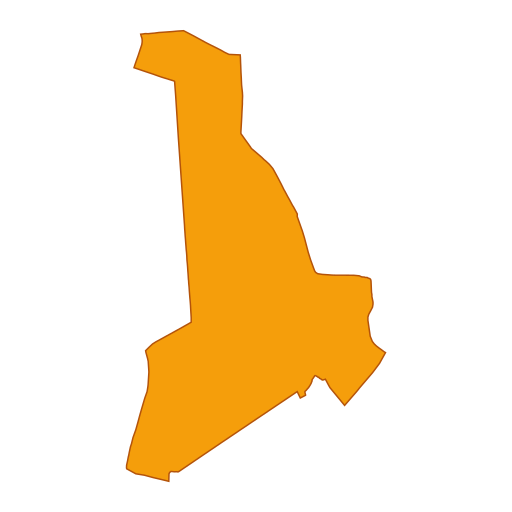 the district of Tan Chau, An Giang, Vietnam
{"feature_id": "81297802B24408052099516", "entity_name": "Tan Chau", "entity_type": "district", "adm_level": 2, "iso_a3": "VNM", "parent_name": "Vietnam", "parent_adm1": "An Giang", "projection": "robinson", "projection_center": [105.189, 10.814], "detail": "fine", "context": "isolated", "style": "filled", "palette": "amber", "viewbox_px": 512, "rotation_deg": 0, "n_neighbors": 0, "source": "geoboundaries", "source_scale": "gbopen_adm2", "svg_char_len": 3190}
<svg xmlns="http://www.w3.org/2000/svg" viewBox="0 0 512 512"><path d="M126.7,468.8L135.8,473.8L144.4,475.2L152.9,477.5L161.4,479.5L168.8,481.3L169.0,473.8L169.2,473.3L169.8,472.3L170.2,472.0L170.9,471.5L171.6,471.5L172.9,471.6L174.2,471.8L176.7,471.7L177.9,471.9L178.6,471.7L203.0,455.1L220.4,443.3L257.2,418.5L297.2,391.6L300.3,398.0L305.5,395.3L305.6,395.1L305.0,392.7L304.9,391.8L305.0,391.4L306.1,390.4L307.7,388.5L308.5,387.7L310.1,385.2L311.1,383.4L311.6,382.1L312.1,380.8L312.0,380.2L312.2,379.5L313.6,377.6L314.7,375.8L315.0,375.6L315.4,375.6L317.0,376.4L317.4,376.8L317.9,377.1L318.5,377.2L318.8,377.3L319.0,377.6L319.3,378.0L319.6,378.3L320.4,378.7L321.2,379.2L321.8,379.6L322.2,380.0L323.4,379.9L323.9,379.7L325.4,379.2L328.8,385.6L330.0,387.7L335.2,394.0L344.6,405.4L356.5,391.7L358.7,389.0L359.1,388.4L372.6,372.6L379.5,363.4L384.9,353.7L385.5,352.6L384.0,351.7L381.4,349.7L379.4,348.3L376.4,346.0L374.2,343.9L372.3,341.4L370.2,336.2L369.2,329.2L367.9,320.3L367.9,317.1L368.8,314.2L370.6,310.9L372.5,307.2L373.0,304.1L373.0,302.1L371.9,296.5L371.9,294.6L371.5,292.3L371.4,290.1L371.2,285.3L371.0,280.9L370.6,279.4L369.8,278.6L369.4,278.5L368.0,278.0L367.2,277.5L365.0,277.4L364.1,277.0L362.8,277.0L362.2,276.9L361.8,276.9L359.2,275.8L354.0,275.3L344.2,275.2L335.6,275.2L332.3,275.1L328.4,274.8L322.3,274.4L317.7,273.7L315.7,272.4L314.7,271.0L313.6,268.1L310.6,259.9L308.2,252.2L304.5,238.1L302.2,230.5L301.8,229.5L297.2,216.5L297.3,214.0L293.5,206.9L292.5,205.4L289.3,199.4L287.6,196.4L284.9,191.3L284.0,189.8L281.7,185.1L281.0,183.7L277.6,177.2L275.0,172.4L272.9,168.6L269.3,164.3L265.4,160.7L264.1,159.7L261.8,157.4L257.5,153.7L251.4,148.5L250.4,146.9L248.9,144.8L245.3,139.8L240.9,133.6L240.9,132.0L240.9,131.8L241.3,124.8L241.7,117.6L242.0,111.0L242.4,104.0L242.4,101.4L242.6,96.0L242.4,92.3L241.9,87.9L241.6,85.0L241.4,80.8L241.3,78.1L241.0,73.0L240.9,70.7L240.7,65.1L240.6,63.2L240.4,57.3L240.2,54.9L229.0,54.4L224.6,52.3L220.6,50.0L209.0,44.2L205.5,42.4L193.8,36.0L189.6,33.8L183.6,30.7L177.3,31.1L172.0,31.6L162.1,32.3L158.9,32.5L154.5,33.1L151.0,33.4L148.2,33.7L145.1,33.6L143.4,33.9L140.7,34.2L141.2,36.1L141.9,38.1L142.1,39.3L142.2,41.2L142.1,42.4L141.8,44.6L140.3,49.1L138.1,55.8L136.8,59.4L135.1,64.3L134.0,67.7L140.2,69.8L145.2,71.5L153.6,74.3L155.5,75.0L158.9,76.2L161.5,77.1L174.1,81.0L174.6,81.5L175.7,96.2L178.4,138.4L184.5,225.3L184.7,229.2L184.9,231.6L185.2,236.1L185.5,239.8L185.7,242.9L185.9,245.2L186.2,249.4L186.5,252.3L186.8,256.0L186.9,258.7L187.0,260.5L187.3,263.4L187.6,267.1L187.8,270.4L188.0,272.9L188.2,275.7L188.4,279.1L188.6,280.9L188.7,283.0L188.9,285.1L189.1,287.3L189.4,291.8L189.7,295.7L189.9,298.1L190.2,301.4L190.5,305.4L190.7,309.3L191.2,317.7L191.2,319.8L191.2,322.2L189.2,323.4L177.8,329.8L166.9,335.8L163.3,337.8L155.8,341.9L152.5,344.0L148.9,347.4L145.6,350.7L146.0,352.7L147.6,358.6L148.2,361.3L148.5,365.8L148.9,371.9L148.5,378.3L148.1,384.7L147.9,386.5L147.1,391.6L144.8,398.1L143.5,402.5L141.5,409.3L139.6,416.0L137.8,422.7L135.8,429.8L133.0,437.6L131.5,443.7L130.5,446.7L129.4,451.7L128.6,455.9L128.5,456.0L128.2,457.4L127.6,460.7L126.6,465.2L126.5,467.8L126.7,468.8Z" fill="#f59e0b" stroke="#b45309" stroke-width="1.5"/></svg>